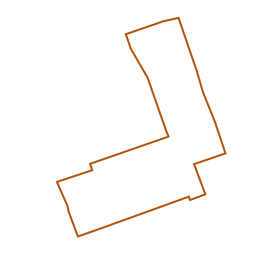 the district of Iron, Missouri, United States of America, rotated 70°
{"feature_id": "52423323B85485871485151", "entity_name": "Iron", "entity_type": "district", "adm_level": 2, "iso_a3": "USA", "parent_name": "United States of America", "parent_adm1": "Missouri", "projection": "albers", "projection_center": [-90.823, 37.505], "detail": "fine", "context": "isolated", "style": "outline", "palette": "amber", "viewbox_px": 256, "rotation_deg": 70, "n_neighbors": 0, "source": "geoboundaries", "source_scale": "gbopen_adm2", "svg_char_len": 450}
<svg xmlns="http://www.w3.org/2000/svg" viewBox="0 0 256 256"><g transform="rotate(70 128 128)"><path d="M39.8,58.5L39.1,98.0L44.4,98.0L54.7,98.2L87.3,92.4L143.5,93.1L149.9,92.8L148.7,175.8L155.4,176.1L154.3,213.2L159.5,212.9L180.8,211.5L186.2,212.4L212.8,212.2L213.0,195.9L213.3,94.3L216.9,94.3L216.8,78.0L184.5,78.3L185.2,45.1L151.8,44.2L119.7,45.3L98.8,43.9L55.1,43.1L41.8,42.8L39.8,58.5Z" fill="none" stroke="#b45309" stroke-width="2"/></g></svg>